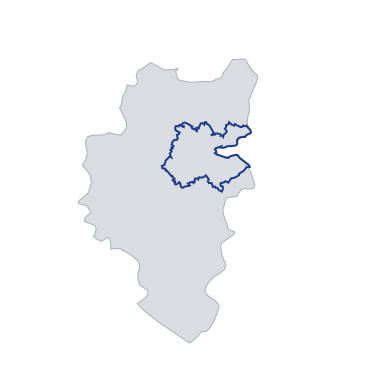 where Namur sits in Belgium, rotated 244°
{"feature_id": "BEL-3476", "entity_name": "Namur", "entity_type": "Province", "adm_level": 1, "iso_a3": "BEL", "parent_name": "Belgium", "parent_adm1": "", "projection": "albers", "projection_center": [4.867, 50.216], "detail": "fine", "context": "in_parent", "style": "outline", "palette": "blue", "viewbox_px": 384, "rotation_deg": 244, "n_neighbors": 0, "source": "natural_earth", "source_scale": "10m", "svg_char_len": 4460}
<svg xmlns="http://www.w3.org/2000/svg" viewBox="0 0 384 384"><g transform="rotate(244 192 192)"><path d="M176.2,93.8L181.6,96.6L186.4,97.2L188.5,96.0L187.2,89.3L191.1,85.7L195.4,84.1L197.4,87.0L201.3,90.0L204.4,90.0L212.8,82.4L214.8,83.9L216.6,86.6L217.0,88.8L217.3,91.1L219.2,92.1L225.8,91.6L229.2,87.4L231.8,84.8L233.8,86.5L234.8,91.7L236.7,98.4L244.6,105.8L251.3,107.9L259.6,106.4L262.8,105.0L265.0,106.1L267.3,110.1L272.1,114.5L282.1,117.6L285.2,119.4L287.3,122.4L286.8,126.8L282.1,137.7L281.5,140.9L282.2,141.9L281.3,144.0L275.1,151.3L274.6,153.8L276.7,158.0L278.5,161.4L282.2,163.1L285.8,163.6L292.4,163.7L299.6,163.9L300.4,165.9L308.5,171.6L311.0,176.2L316.8,180.6L312.2,186.4L313.0,188.9L314.7,191.5L321.2,192.9L324.5,196.5L324.8,202.2L326.5,211.5L313.3,221.0L309.6,231.4L309.3,233.5L308.9,233.2L307.3,229.8L304.9,229.9L299.3,228.5L291.6,238.0L288.2,245.8L286.2,251.5L283.1,256.2L282.5,261.1L283.0,263.1L281.9,265.8L281.9,268.5L286.5,274.0L287.6,276.9L293.3,286.5L291.6,290.1L290.3,293.9L288.7,296.7L286.9,298.4L281.2,298.4L274.0,299.7L269.1,301.6L266.6,301.6L261.3,296.9L255.5,289.7L251.7,286.2L250.1,283.3L245.5,282.0L238.9,278.5L234.4,274.6L230.5,272.2L225.1,271.0L220.6,271.1L219.2,264.6L218.7,257.1L215.0,252.1L220.1,232.6L217.1,230.7L213.8,232.2L209.1,236.9L206.9,242.4L205.5,247.3L197.6,252.0L185.0,253.6L171.3,251.8L169.4,250.5L168.5,249.1L168.5,247.4L169.5,244.7L171.9,241.6L172.5,237.0L170.1,233.0L168.5,231.4L169.2,227.6L171.1,222.8L171.4,220.1L162.3,211.7L155.6,210.0L149.1,209.6L144.2,208.6L141.4,209.0L139.3,211.3L137.2,213.0L135.6,210.9L133.0,196.2L130.8,194.0L122.5,191.4L111.2,190.3L108.2,187.5L106.7,180.9L105.9,172.9L102.3,165.2L100.5,163.2L97.2,159.8L91.2,161.0L84.1,165.3L79.8,166.4L78.2,166.8L72.7,162.3L66.6,155.4L61.7,148.1L60.6,144.1L62.3,139.3L60.6,135.6L58.1,128.8L57.5,123.5L88.3,105.7L106.9,96.6L115.6,93.9L117.4,103.5L119.0,106.6L121.0,108.6L123.7,109.0L126.9,106.7L131.3,104.3L138.3,105.6L143.4,108.0L145.2,110.4L148.6,112.7L153.5,113.3L163.1,109.1L172.4,102.5L175.1,97.9L176.2,93.8Z" fill="#d9dde1" stroke="#a8b0b8" stroke-width="1"/><path d="M218.0,231.7L217.2,231.4L216.9,229.7L215.0,230.6L207.4,238.3L206.9,239.2L206.8,240.3L206.9,240.9L207.2,241.5L207.3,242.3L206.7,245.8L206.2,247.6L205.5,248.8L204.8,249.3L201.8,249.8L191.8,254.7L189.7,255.1L189.2,254.9L189.4,254.4L190.4,252.1L188.3,247.8L187.8,242.1L186.6,241.7L186.3,239.8L186.3,235.4L187.2,233.5L184.5,228.7L187.1,226.8L186.6,225.2L187.4,221.6L186.4,220.8L184.9,220.5L183.6,222.0L183.1,222.0L180.5,220.5L179.3,218.9L182.2,216.8L184.6,216.7L185.5,215.0L186.8,215.1L187.3,213.0L191.3,213.6L192.7,211.1L194.7,210.9L196.0,212.6L200.8,211.8L200.3,207.7L202.1,204.8L200.6,203.1L201.7,202.8L202.8,200.5L199.7,198.6L200.4,197.9L199.7,197.2L200.7,197.0L201.6,194.4L200.8,193.2L201.3,192.2L198.8,192.8L200.1,187.4L199.8,185.5L201.0,184.5L202.3,184.4L204.8,185.3L206.4,184.9L205.6,181.5L206.4,180.2L207.1,180.2L209.0,181.5L209.4,180.3L211.2,179.8L211.6,182.1L214.5,180.9L215.2,182.1L215.0,180.8L215.3,180.5L222.9,178.5L222.9,177.8L224.8,178.0L226.4,175.8L228.6,176.3L228.4,179.0L231.8,182.2L233.7,187.5L232.3,188.5L236.3,188.8L237.3,191.4L238.3,191.5L240.0,190.7L239.0,191.7L239.5,193.4L240.9,193.2L240.6,194.2L241.3,195.5L243.7,194.5L245.3,196.1L246.6,199.0L245.5,201.2L246.4,202.6L249.9,203.5L249.8,205.6L250.8,207.0L254.7,204.3L257.7,205.3L258.3,206.8L256.8,208.7L257.8,210.1L254.0,213.0L254.6,213.5L255.4,212.3L257.1,212.1L257.8,213.9L257.8,215.6L255.8,217.6L250.8,220.9L250.1,219.9L249.3,220.0L247.7,221.1L247.9,222.4L245.9,222.3L244.6,223.2L247.3,224.7L246.5,225.8L247.4,225.8L247.3,226.9L249.8,229.9L249.2,231.9L247.2,232.5L249.0,234.2L248.6,235.4L246.7,235.2L244.8,236.6L243.3,236.9L236.6,237.4L235.1,236.9L234.7,233.8L233.6,238.0L234.3,238.7L233.5,240.6L231.2,243.0L230.5,243.2L229.9,242.5L229.4,244.3L228.0,244.2L229.7,245.9L230.7,249.5L231.4,249.9L234.5,249.3L235.1,250.8L237.2,251.9L236.9,254.3L238.5,255.9L234.9,257.3L233.1,259.1L234.3,260.2L229.0,264.1L228.6,265.1L229.3,267.2L228.3,267.5L228.0,269.4L227.8,270.1L226.5,270.2L223.4,271.3L221.8,271.6L219.9,271.3L219.2,270.4L219.3,266.3L219.1,265.6L218.4,264.5L218.2,263.9L218.4,263.2L219.0,262.5L219.2,261.9L219.6,260.6L220.0,259.6L220.2,258.7L220.0,257.2L218.9,255.2L215.5,253.8L214.6,252.3L214.9,250.5L217.7,243.6L217.7,242.5L217.6,241.5L217.7,240.5L219.0,237.6L219.5,237.5L220.2,238.3L220.4,236.4L220.8,234.1L220.9,232.1L220.2,231.3L218.0,231.7Z" fill="none" stroke="#1e3a8a" stroke-width="2"/></g></svg>